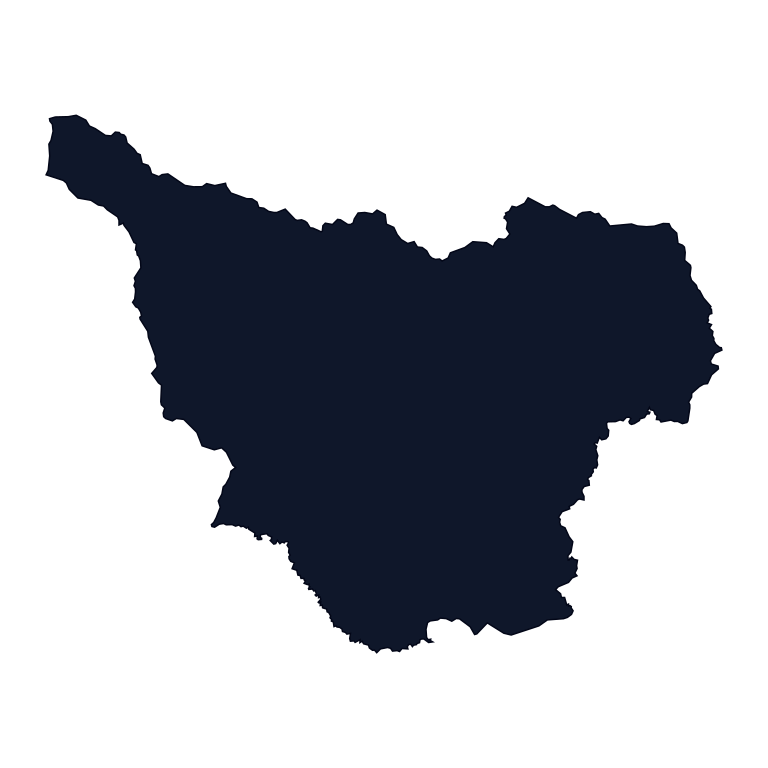 Mae Fa Luang, Chiang Rai, Thailand
{"feature_id": "78962969B57610066237696", "entity_name": "Mae Fa Luang", "entity_type": "district", "adm_level": 2, "iso_a3": "THA", "parent_name": "Thailand", "parent_adm1": "Chiang Rai", "projection": "mercator", "projection_center": [99.673, 20.251], "detail": "fine", "context": "isolated", "style": "filled", "palette": "ink", "viewbox_px": 768, "rotation_deg": 0, "n_neighbors": 0, "source": "geoboundaries", "source_scale": "gbopen_adm2", "svg_char_len": 6111}
<svg xmlns="http://www.w3.org/2000/svg" viewBox="0 0 768 768"><path d="M721.9,350.1L721.3,347.7L719.6,347.5L715.9,344.4L713.8,340.8L713.9,338.4L712.3,335.6L712.9,331.5L709.3,328.2L711.5,324.6L707.1,322.9L708.6,320.2L707.8,318.1L709.2,314.3L711.8,313.5L711.4,309.2L709.8,308.3L710.9,306.6L703.5,298.0L699.7,290.8L697.6,289.3L696.3,285.3L691.5,280.3L690.0,275.5L690.9,267.7L690.4,265.3L684.7,260.4L685.2,252.4L684.4,247.1L682.5,245.2L678.0,243.4L676.7,233.1L671.1,227.9L669.0,223.7L663.2,223.5L654.3,226.2L646.5,226.7L637.5,226.0L631.5,224.0L609.8,226.0L605.1,219.1L602.0,217.6L598.7,213.4L594.8,214.2L590.4,211.7L582.5,212.5L578.5,214.6L576.5,218.2L559.5,209.4L554.6,205.7L552.8,205.1L549.4,206.8L545.2,206.8L528.1,197.8L524.6,203.3L516.6,207.3L512.1,206.3L509.3,211.2L505.5,213.1L506.2,215.2L504.4,216.5L504.1,218.2L505.5,218.8L507.6,222.1L506.5,228.7L509.9,234.0L506.2,238.5L504.0,239.4L498.8,238.7L495.0,242.7L493.2,246.8L486.5,242.7L472.8,241.7L464.9,247.5L450.4,252.8L448.1,258.0L442.1,261.0L439.6,259.0L435.4,259.4L431.9,258.1L429.4,255.8L426.7,250.9L422.2,247.5L417.4,247.0L414.1,241.6L407.7,243.5L401.2,239.6L397.2,234.6L393.8,227.4L386.4,224.1L385.2,214.6L377.0,210.1L372.6,213.9L364.8,212.5L358.1,213.0L354.3,218.9L353.2,222.9L350.6,224.5L347.8,224.5L340.5,219.8L337.6,219.4L332.5,224.5L325.3,223.2L322.9,225.7L322.3,231.2L321.1,231.8L312.9,228.1L310.1,227.8L307.0,222.7L305.0,221.2L301.6,219.8L297.1,220.4L295.1,219.5L285.2,209.1L276.8,212.5L274.0,212.5L268.6,211.4L263.8,208.2L258.8,207.5L257.0,202.1L251.9,198.8L246.6,198.7L230.9,193.0L226.3,186.4L225.5,183.3L214.8,185.6L206.6,183.6L202.3,186.7L193.5,186.8L184.8,185.4L167.9,173.9L162.1,174.6L158.9,176.6L151.5,173.7L149.9,168.1L148.0,165.3L142.2,163.5L140.2,154.7L137.0,153.3L134.1,149.2L127.1,143.0L125.7,137.0L124.0,135.0L120.7,134.2L119.2,132.5L115.3,132.1L111.3,135.9L105.4,135.4L95.2,128.6L89.4,126.0L85.8,120.1L76.2,115.3L68.3,116.7L55.3,117.0L49.5,118.7L49.9,121.1L52.4,124.4L53.1,131.3L51.0,140.5L48.9,144.1L49.7,155.9L48.2,170.3L46.1,174.8L63.3,180.4L66.4,183.0L69.3,189.4L77.9,198.0L91.0,200.3L98.3,205.0L103.6,206.0L107.3,209.8L117.7,216.9L119.0,220.4L119.0,225.0L123.4,223.1L124.0,225.3L129.0,231.9L134.0,242.5L136.4,243.7L135.5,249.9L136.6,250.7L137.3,255.0L138.7,256.0L140.4,260.7L140.9,267.8L134.3,278.0L135.4,281.3L134.0,285.7L135.4,288.3L135.5,292.0L134.7,299.0L132.6,302.3L135.8,306.8L138.3,308.0L140.7,312.1L141.5,316.0L139.8,317.3L140.1,319.1L147.8,331.3L148.4,337.2L155.4,356.1L155.1,359.1L157.1,365.0L156.9,367.4L151.7,373.4L158.5,382.9L161.5,385.1L160.8,401.8L161.4,404.8L164.8,408.0L163.2,413.0L163.7,416.7L165.6,418.5L172.4,420.9L176.3,418.5L183.8,419.4L196.9,432.4L202.1,445.8L214.3,449.8L221.6,447.8L226.4,452.2L232.8,465.1L235.6,467.5L230.9,471.2L229.7,477.1L225.8,484.3L223.2,486.9L221.9,494.1L218.3,501.0L220.3,507.3L216.2,517.8L213.7,522.5L211.4,524.6L211.9,526.5L214.6,527.2L219.3,524.2L223.6,523.5L226.2,524.8L232.2,524.6L235.6,526.1L238.9,525.0L241.0,526.7L243.2,526.1L246.4,528.2L248.3,527.2L248.9,529.3L254.9,533.0L254.6,536.5L257.4,536.0L257.1,538.9L258.2,539.7L261.6,539.4L261.7,538.3L260.2,537.4L260.6,534.7L266.8,533.7L268.3,535.5L271.6,536.9L271.4,539.4L270.2,540.5L273.8,544.1L275.7,543.6L277.3,540.3L279.9,543.7L282.0,542.0L284.3,542.9L285.3,541.5L288.0,541.7L288.5,542.9L287.1,545.2L289.1,548.3L288.6,552.4L290.2,555.2L288.9,556.5L289.1,558.8L290.8,561.4L294.4,562.8L292.1,568.7L296.8,570.3L297.9,575.1L300.2,575.5L301.0,578.4L303.9,578.4L304.2,580.0L305.5,580.9L304.1,583.3L307.4,584.6L309.2,584.1L309.0,586.0L309.9,586.8L308.5,588.3L308.8,589.4L312.4,589.0L313.8,591.0L315.3,590.6L316.5,594.2L315.2,595.0L316.2,596.1L318.8,595.0L318.6,597.6L320.1,597.0L320.8,599.3L318.2,602.2L319.1,603.0L320.7,602.0L320.2,605.5L322.3,605.2L322.6,607.8L326.7,609.1L327.1,611.8L328.7,612.5L330.7,616.0L330.0,617.8L331.6,619.4L331.4,621.1L333.3,621.9L334.0,626.6L335.9,625.9L337.0,627.0L339.6,627.3L342.0,629.0L342.5,631.5L345.4,632.4L346.9,634.1L350.5,633.4L349.7,638.6L350.4,641.2L354.0,640.9L355.1,642.4L360.1,639.7L359.9,642.6L362.2,641.2L363.6,643.8L368.5,645.1L369.4,648.0L372.5,650.3L374.5,650.1L376.7,652.7L380.5,648.9L387.6,647.5L390.6,648.3L392.5,651.1L397.1,650.6L399.6,651.5L402.0,648.5L407.9,648.9L407.3,646.7L408.7,644.5L410.8,644.3L412.4,646.6L413.5,645.2L416.5,644.6L416.9,643.5L419.5,642.7L420.0,639.7L421.6,639.0L423.9,639.0L428.6,642.5L432.7,641.9L430.4,640.6L430.7,639.2L428.2,639.7L426.6,637.5L426.0,629.2L427.6,622.5L430.3,620.9L437.7,619.9L440.3,618.1L446.2,618.6L451.8,621.2L456.2,618.5L459.5,618.8L470.2,626.8L474.6,634.5L476.8,633.9L487.3,622.9L503.8,633.2L511.2,635.0L538.9,625.9L547.4,619.9L563.5,618.7L567.4,617.4L571.5,614.4L573.1,610.8L571.1,607.8L571.3,606.6L569.9,605.6L568.6,606.0L568.5,604.1L566.7,604.9L564.6,597.5L561.4,597.5L560.6,593.8L555.6,589.6L558.3,586.7L568.5,582.4L572.1,578.0L577.0,575.8L574.9,573.1L577.1,568.5L576.6,565.6L577.5,560.2L574.1,559.4L571.8,557.0L571.1,558.7L570.1,558.1L569.1,560.2L568.2,560.2L567.9,555.7L570.9,552.1L572.8,541.7L569.1,536.8L565.0,527.8L560.7,525.8L559.6,522.3L560.2,519.3L558.5,517.3L562.1,511.7L569.7,508.8L569.1,506.4L573.5,504.3L577.6,499.7L579.7,499.0L584.0,500.0L584.0,496.3L582.0,492.3L581.9,489.6L584.2,486.5L589.3,485.2L588.9,480.6L587.6,479.6L588.3,477.6L591.4,475.8L591.3,474.4L593.3,471.8L592.9,469.2L594.6,467.5L596.2,468.0L597.6,464.9L596.8,459.8L597.8,455.7L595.8,449.6L596.7,446.3L594.1,444.0L595.5,442.6L597.2,443.1L599.4,437.3L601.7,439.8L605.9,438.8L608.2,436.0L608.7,430.2L607.1,428.5L606.5,423.3L607.6,421.8L615.6,421.6L620.0,419.9L623.1,420.8L626.3,417.4L629.2,417.2L630.9,418.5L629.0,421.7L629.7,423.4L631.4,424.4L634.3,423.6L639.4,420.5L639.9,418.9L644.5,417.5L646.6,414.1L649.3,413.8L649.9,412.2L647.3,411.5L649.4,407.3L650.4,409.7L653.7,410.5L655.1,414.2L657.1,415.6L656.4,419.5L659.6,419.8L661.0,422.0L670.9,420.1L674.3,421.5L677.7,421.4L682.4,423.6L686.9,422.5L687.9,420.9L689.8,408.2L689.8,404.8L688.6,402.1L691.6,397.1L691.7,393.3L699.3,386.6L703.6,384.1L707.5,383.6L711.6,374.8L718.4,368.9L718.1,366.1L711.3,364.0L710.4,360.8L714.6,353.4L721.9,350.1Z" fill="#0f172a" stroke="#020617" stroke-width="1.5"/></svg>